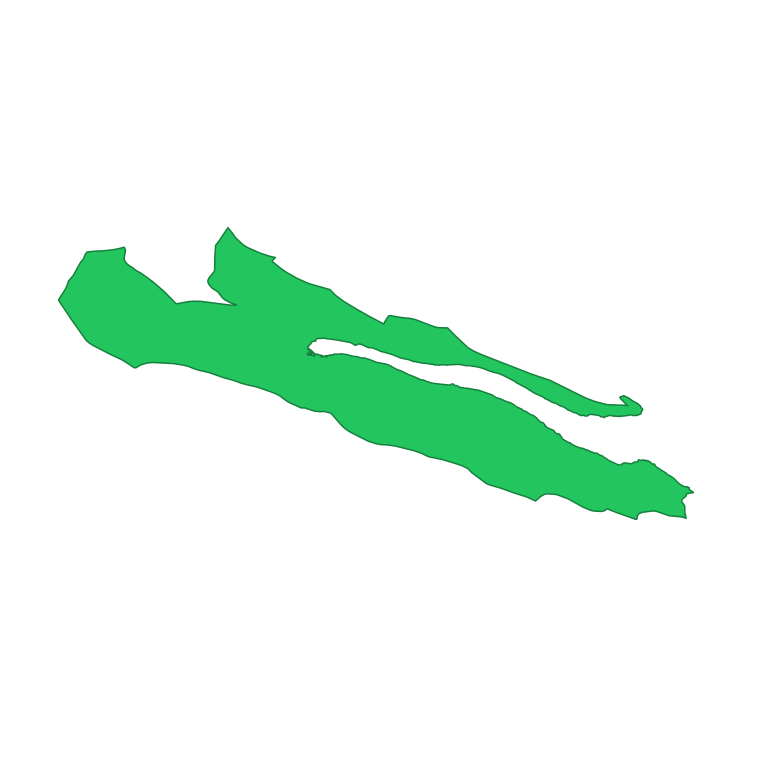 Seyðisfjarðarkaupstaður, Austurland, Iceland, rotated 25°
{"feature_id": "244011B63317643398592", "entity_name": "Seyðisfjarðarkaupstaður", "entity_type": "district", "adm_level": 2, "iso_a3": "ISL", "parent_name": "Iceland", "parent_adm1": "Austurland", "projection": "equal_earth", "projection_center": [-13.887, 65.265], "detail": "fine", "context": "isolated", "style": "filled", "palette": "green", "viewbox_px": 768, "rotation_deg": 25, "n_neighbors": 0, "source": "geoboundaries", "source_scale": "gbopen_adm2", "svg_char_len": 6146}
<svg xmlns="http://www.w3.org/2000/svg" viewBox="0 0 768 768"><g transform="rotate(25 384 384)"><path d="M710.8,351.6L705.9,350.7L704.9,350.2L704.7,349.3L704.1,349.0L702.1,349.1L700.5,349.9L698.8,350.1L694.7,349.8L690.6,348.7L687.7,347.4L684.6,346.7L678.4,346.1L677.2,345.4L676.5,345.5L674.0,345.0L672.3,345.0L669.7,344.5L665.7,344.1L662.9,342.3L662.5,342.3L662.0,343.3L658.3,342.3L655.2,341.9L653.7,343.3L652.8,342.7L651.7,343.4L650.4,343.5L650.0,344.3L648.7,344.8L647.1,344.9L646.8,345.1L646.9,346.1L646.4,347.7L644.2,348.7L643.0,350.1L642.8,351.1L642.4,351.4L639.2,352.7L635.7,353.6L633.9,355.0L633.5,355.6L633.4,356.6L633.1,357.2L632.1,357.7L629.6,358.3L619.4,358.3L617.2,357.7L614.2,357.5L612.3,356.9L608.8,357.3L607.3,356.7L605.2,357.0L604.6,357.6L599.3,358.0L596.7,357.8L594.0,358.4L592.5,358.1L591.6,358.5L591.0,358.3L589.5,358.9L584.2,359.5L578.6,359.1L577.7,358.6L575.9,359.0L569.7,358.5L568.1,357.9L567.2,357.2L567.0,356.7L565.2,356.2L565.0,355.6L564.6,355.4L563.1,355.3L562.3,355.8L561.0,356.0L559.4,355.6L558.1,354.6L557.5,354.4L551.1,354.6L548.2,354.1L547.9,354.1L547.9,353.5L544.8,352.0L543.9,351.9L542.6,352.4L541.8,352.2L539.4,351.6L536.5,350.3L532.9,349.4L529.5,349.7L523.8,348.9L521.7,349.4L519.8,348.6L512.5,348.7L511.2,348.0L507.2,347.5L501.5,348.2L495.5,348.3L491.4,348.9L486.4,348.2L472.8,349.6L461.8,352.5L459.5,353.5L457.3,353.9L454.8,354.8L450.2,354.8L449.1,355.4L446.6,354.8L445.3,355.4L444.3,356.9L443.3,357.5L431.4,361.6L426.8,363.0L421.8,363.6L418.4,363.7L415.2,364.6L409.8,364.6L402.0,365.1L393.7,364.9L389.9,365.4L380.0,364.8L377.0,365.2L367.9,367.5L360.1,368.0L354.8,368.8L352.9,369.9L348.2,370.6L343.2,372.2L338.2,372.9L332.0,374.9L330.9,375.8L326.0,378.1L325.8,378.6L326.0,378.8L325.4,379.5L325.0,379.7L324.7,379.5L323.1,380.4L323.3,380.7L322.6,380.9L319.8,382.8L320.4,382.8L320.7,383.2L320.1,383.2L319.2,383.8L318.8,383.7L318.4,384.0L318.7,384.2L316.0,385.4L314.7,385.0L315.5,384.4L317.1,384.6L315.4,384.3L314.2,384.8L315.4,385.4L316.4,385.5L316.0,385.7L313.6,385.0L311.8,385.0L308.2,386.0L307.8,385.7L307.2,385.8L305.9,386.5L307.9,386.7L309.3,387.8L309.2,388.1L307.1,388.4L303.3,389.6L303.1,390.0L302.5,390.0L301.5,388.6L303.5,387.8L305.1,388.2L306.1,388.1L304.4,387.4L304.4,387.1L305.5,386.9L305.3,386.6L303.9,386.8L303.1,386.2L306.4,385.2L303.3,384.1L301.0,385.0L300.6,384.8L302.4,383.8L301.2,383.9L300.0,383.6L299.1,382.2L299.3,381.8L300.4,381.8L299.4,381.6L300.1,379.4L300.6,378.7L300.7,378.0L300.5,376.7L302.5,374.7L303.7,374.1L303.3,373.9L303.7,371.9L305.1,370.6L309.8,368.1L322.8,364.0L336.5,360.5L341.1,361.1L342.2,360.8L342.5,360.0L343.3,359.5L343.7,358.8L344.4,358.3L347.1,357.6L354.3,357.7L357.9,356.2L364.8,355.7L366.9,355.9L372.4,354.8L379.8,353.8L388.2,353.4L396.2,351.5L401.4,351.2L401.9,350.8L410.4,348.7L415.1,347.0L418.5,346.2L420.4,345.2L420.8,345.6L423.8,344.5L426.4,343.4L428.7,341.9L433.0,340.3L435.8,338.6L442.8,335.0L445.4,334.0L450.8,332.7L452.8,331.6L462.3,328.8L466.7,328.1L474.2,327.6L478.6,327.0L482.3,326.2L488.2,325.8L501.2,326.3L503.5,326.9L514.4,327.4L523.9,328.7L533.0,328.6L535.7,328.9L535.9,329.2L541.4,329.2L542.5,329.5L545.9,329.4L546.7,329.0L549.0,328.9L553.0,329.4L554.1,329.0L558.9,329.1L562.0,329.9L564.6,329.5L567.8,329.7L570.4,329.1L575.3,329.5L577.0,328.8L577.8,328.0L579.2,328.1L581.1,327.5L581.7,327.1L583.1,324.9L584.5,324.0L591.6,321.8L593.3,321.7L594.2,322.1L596.5,321.3L597.9,321.3L598.3,319.9L600.1,318.8L601.1,317.6L603.1,316.6L605.5,316.2L605.5,315.8L606.0,315.6L607.0,315.6L609.8,314.3L611.2,314.0L611.2,313.5L612.1,313.3L613.2,312.5L615.2,311.5L618.7,309.2L620.1,307.8L623.2,307.3L626.6,305.5L627.0,305.2L626.8,304.9L628.6,303.5L629.4,302.3L629.0,300.3L629.4,298.1L629.0,297.5L627.6,297.0L625.4,295.5L621.9,294.5L616.9,294.3L612.4,293.4L606.2,293.2L605.6,294.2L603.8,295.5L603.5,296.5L605.0,297.5L613.5,300.6L595.0,308.4L582.8,310.7L574.1,311.4L568.3,311.4L533.1,310.5L513.6,312.7L461.0,316.1L451.8,316.3L444.7,315.6L428.7,310.3L417.9,306.3L409.9,309.8L407.3,310.5L404.0,311.0L384.7,312.4L379.4,313.7L370.8,316.7L360.9,319.3L359.8,319.9L359.2,321.0L358.4,327.5L358.4,329.7L343.4,329.0L327.7,327.8L311.5,326.0L302.6,324.1L295.0,321.3L273.3,324.8L260.5,325.0L248.6,324.0L242.6,323.1L231.4,320.3L230.8,319.7L230.9,318.6L232.0,315.8L231.9,315.3L227.1,316.4L217.1,317.7L203.4,318.0L199.6,317.7L195.6,316.8L187.5,314.1L182.9,311.4L176.5,308.3L173.8,325.4L172.8,329.5L176.5,339.1L182.5,352.7L182.6,353.4L180.7,361.5L180.5,363.7L180.9,365.4L182.2,366.9L184.1,368.2L187.7,369.8L194.2,370.6L200.9,374.0L203.8,375.0L210.7,375.3L217.2,374.6L212.4,377.1L183.1,386.5L176.3,389.5L171.3,392.4L162.7,398.6L161.6,399.1L145.6,393.1L131.7,389.1L117.3,386.3L110.9,385.8L107.2,384.9L102.9,384.4L99.5,383.5L96.3,381.3L95.4,380.1L93.2,371.9L90.8,369.8L85.4,374.2L80.9,377.3L73.0,382.1L67.6,384.8L60.4,389.0L58.9,390.2L58.5,392.7L58.7,398.5L57.9,400.5L57.5,402.8L56.5,417.1L54.6,423.9L55.2,429.9L55.0,433.6L53.5,444.8L53.9,445.8L74.2,458.1L95.6,470.3L99.3,471.4L103.7,472.0L123.0,472.8L134.7,472.8L139.4,473.1L150.3,474.8L151.3,474.7L152.7,473.7L155.6,469.3L160.2,465.3L165.2,462.3L184.0,454.7L192.7,452.1L198.8,450.8L205.8,450.4L210.8,449.7L221.0,447.5L235.6,446.1L246.9,444.2L254.5,443.6L261.3,442.4L269.5,440.5L287.4,438.7L292.2,438.6L295.0,438.9L303.3,440.6L305.5,440.8L318.9,440.7L322.4,439.2L332.6,437.9L337.8,436.1L340.9,434.4L343.1,433.8L347.1,433.1L348.8,433.1L361.7,438.9L367.3,440.9L373.7,441.9L394.2,442.5L401.1,441.6L405.7,440.6L412.9,437.8L420.6,435.4L439.8,431.7L446.8,431.0L455.0,431.1L469.8,427.6L486.0,425.4L489.6,425.1L495.9,425.2L501.4,427.4L518.6,430.9L521.8,430.9L534.2,429.0L547.9,427.8L560.6,426.1L570.7,426.0L573.8,419.2L575.7,416.6L577.6,415.0L578.7,414.4L585.3,411.8L588.5,411.1L599.1,410.3L617.0,411.5L624.9,411.1L627.4,410.6L634.1,408.0L636.2,406.7L637.7,405.3L638.4,403.4L639.2,402.8L648.0,402.3L669.1,400.3L670.1,399.8L670.2,398.9L669.5,397.1L669.4,395.6L669.7,394.1L670.5,393.0L672.7,390.9L680.4,386.0L683.1,384.7L685.3,384.2L698.0,382.9L709.5,378.8L714.5,377.9L710.8,373.0L708.1,367.4L703.5,364.7L703.2,363.9L703.1,362.8L703.6,360.9L705.1,358.4L704.8,355.4L710.5,351.5L710.8,351.6Z" fill="#22c55e" stroke="#15803d" stroke-width="1.5"/></g></svg>